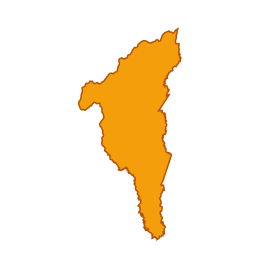 the district of Belén De Los Andaquíes, Caquetá, Colombia, rotated 9°
{"feature_id": "7082276B91002945363484", "entity_name": "Belén De Los Andaquíes", "entity_type": "district", "adm_level": 2, "iso_a3": "COL", "parent_name": "Colombia", "parent_adm1": "Caquetá", "projection": "equal_earth", "projection_center": [-75.835, 1.475], "detail": "fine", "context": "isolated", "style": "filled", "palette": "amber", "viewbox_px": 256, "rotation_deg": 9, "n_neighbors": 0, "source": "geoboundaries", "source_scale": "gbopen_adm2", "svg_char_len": 5953}
<svg xmlns="http://www.w3.org/2000/svg" viewBox="0 0 256 256"><g transform="rotate(9 128 128)"><path d="M161.7,22.3L160.0,23.6L158.6,26.3L158.0,27.1L157.2,27.2L156.0,26.5L154.2,26.6L153.3,25.8L149.5,28.1L147.6,30.7L147.1,32.6L147.0,34.0L146.5,35.2L146.7,36.2L145.8,37.2L144.9,37.4L143.2,36.1L141.9,36.9L140.9,38.4L140.1,38.6L139.3,39.4L138.6,39.4L137.8,40.3L135.1,40.6L132.8,39.3L130.6,39.2L129.6,39.3L127.2,41.1L124.9,43.9L124.8,45.7L124.2,46.8L123.2,47.4L122.2,47.3L121.4,48.1L121.0,48.8L120.8,49.9L120.1,50.4L120.0,52.0L118.9,54.5L118.4,55.2L117.1,55.7L116.4,56.4L116.2,58.8L114.2,59.7L113.5,60.5L110.8,59.7L108.8,61.0L108.3,62.9L109.2,64.5L109.5,66.6L108.8,68.3L108.4,70.6L108.6,73.2L107.8,74.3L106.3,75.0L104.9,76.8L103.4,76.4L101.7,76.8L100.3,78.6L99.9,80.2L99.1,80.8L98.8,82.1L97.8,83.3L96.9,85.5L95.0,86.8L94.0,88.5L92.4,88.9L90.7,87.9L88.2,89.4L86.3,88.6L85.6,87.4L84.7,87.8L83.0,87.7L82.6,89.2L81.3,90.4L79.9,90.3L79.5,90.6L78.8,93.7L76.4,95.3L77.2,98.9L77.1,100.3L76.7,101.2L76.7,104.8L77.0,105.5L76.2,108.5L75.5,109.3L75.4,111.2L75.5,112.0L76.7,114.1L76.8,114.7L78.4,116.7L79.7,117.3L80.8,116.7L82.5,117.3L84.3,115.8L84.7,114.9L86.0,114.0L87.2,112.0L88.2,111.9L88.6,111.5L88.8,110.2L90.6,108.1L91.3,107.9L93.6,108.9L95.8,108.1L96.4,108.2L96.9,110.6L97.3,111.1L97.7,111.0L99.1,112.4L99.4,113.9L99.8,114.4L99.6,115.6L99.8,116.5L101.4,118.0L102.4,120.7L102.5,121.8L100.5,125.7L99.4,128.6L100.1,130.5L101.9,131.8L102.2,132.7L103.6,134.8L103.5,136.7L104.1,137.3L105.1,139.5L104.9,140.3L103.9,141.2L103.7,142.2L104.2,142.8L104.6,144.1L104.3,144.9L104.6,145.9L104.5,147.7L105.3,149.1L107.5,150.4L108.5,151.5L108.4,153.8L108.8,154.4L109.8,154.6L110.9,155.7L111.7,155.9L112.6,157.9L113.6,157.5L114.5,157.9L114.7,158.3L114.6,159.5L115.1,160.6L115.3,161.8L117.3,162.0L117.9,162.5L117.9,163.0L119.1,163.3L119.4,164.2L121.0,164.5L121.1,164.2L122.5,165.3L122.7,165.9L124.0,166.8L124.5,168.1L125.3,168.9L125.9,168.9L125.4,170.2L125.6,170.6L125.3,170.8L125.8,171.0L126.2,170.3L126.9,171.1L127.5,170.6L128.4,170.8L129.4,169.5L130.0,169.5L130.3,168.6L131.1,168.7L131.7,167.6L131.8,168.1L132.3,168.2L132.5,167.7L133.0,167.8L133.3,168.6L133.6,168.4L133.7,168.9L133.9,168.5L134.3,169.5L135.2,170.0L135.1,170.5L135.4,170.9L135.0,170.9L135.1,171.6L135.6,171.4L135.7,172.0L136.2,171.9L136.2,172.5L137.1,172.3L139.4,173.9L140.3,173.4L141.0,175.1L142.2,175.5L143.3,177.3L143.3,178.2L142.6,178.0L142.3,178.6L142.5,179.9L143.7,181.2L143.5,181.8L142.9,182.0L142.8,182.4L144.7,184.1L145.0,186.2L144.8,186.9L145.5,187.9L147.6,189.5L147.8,190.2L147.4,191.2L148.2,192.5L150.0,193.7L150.0,194.3L149.2,194.5L148.9,195.5L149.8,197.3L150.3,197.3L150.8,196.5L151.8,197.1L152.2,199.4L152.1,200.4L150.2,202.8L150.4,203.6L151.4,203.5L152.1,204.0L152.3,205.4L152.8,205.9L152.7,207.8L151.9,209.1L151.9,209.9L153.7,209.8L154.2,211.8L154.6,212.3L155.0,211.8L155.0,210.6L155.6,210.3L156.1,211.1L155.6,212.1L155.6,213.2L156.4,213.5L156.9,212.7L157.9,214.3L158.1,215.0L157.4,215.7L157.2,216.7L157.7,217.1L158.8,217.1L159.4,217.7L159.4,219.0L159.1,219.0L158.5,218.2L158.1,218.3L158.0,218.9L158.9,220.0L159.3,221.4L160.1,222.3L159.9,222.9L159.1,223.5L159.8,224.3L160.6,223.5L161.1,223.7L161.2,224.4L160.6,225.2L161.5,226.4L162.5,225.9L163.2,224.5L163.6,224.2L164.1,225.0L163.6,226.2L164.2,226.9L167.2,228.1L168.3,229.1L168.9,229.1L169.0,229.8L168.5,230.6L169.4,231.7L168.9,232.8L169.1,233.3L171.3,231.2L172.8,232.3L173.7,232.4L174.0,233.7L175.8,232.1L176.2,230.1L177.5,230.3L178.3,228.8L179.3,229.0L179.5,227.0L180.6,226.7L180.2,226.0L179.2,225.9L178.8,225.2L179.0,225.0L179.7,225.2L180.0,224.9L179.6,223.7L179.7,221.9L180.3,219.7L179.4,219.3L178.9,218.3L177.6,218.2L177.7,216.4L177.2,215.3L176.6,215.3L176.1,216.6L175.7,216.7L175.4,216.1L175.3,213.3L175.9,212.5L176.0,211.6L175.6,210.6L174.6,210.3L174.1,208.2L173.4,208.0L172.9,205.9L173.1,205.3L174.0,205.0L174.2,204.5L174.2,200.9L173.6,200.2L171.8,200.1L171.7,198.3L172.5,197.8L172.6,197.3L171.7,194.3L170.4,193.1L170.3,192.3L170.9,191.4L171.2,189.6L170.9,187.9L171.8,186.6L171.8,183.8L172.3,183.5L173.3,184.2L173.6,183.8L172.0,179.1L171.2,178.9L170.0,179.5L169.6,179.1L169.5,178.5L170.7,174.9L175.1,148.2L174.9,147.4L173.5,146.4L172.9,146.5L172.6,147.0L171.8,146.9L171.6,146.6L171.9,146.0L170.0,145.9L169.1,145.5L168.8,142.6L167.9,142.5L167.2,139.9L166.5,140.1L166.7,139.5L166.0,138.6L166.0,138.0L166.6,137.7L166.6,137.2L165.7,136.2L164.8,136.0L164.8,135.4L164.0,135.0L164.3,134.6L164.0,134.0L164.1,132.4L163.7,133.0L163.3,132.6L163.9,131.8L163.4,129.7L164.2,129.8L164.8,128.3L165.9,128.2L166.2,126.7L166.0,126.1L166.1,125.5L165.8,125.8L165.5,124.1L165.2,123.9L165.5,122.5L165.0,121.2L165.7,120.1L165.6,118.2L164.4,117.0L164.3,116.1L164.7,115.5L164.4,115.5L164.4,115.0L164.0,115.3L163.6,114.2L163.5,112.9L163.7,112.3L163.0,112.0L163.4,111.6L162.9,110.5L162.5,110.7L162.1,110.3L162.5,109.4L162.2,108.7L162.6,108.4L162.1,107.9L162.1,108.4L161.5,108.6L161.4,108.0L159.1,107.5L158.9,107.0L159.3,106.6L159.0,106.0L159.1,105.6L158.8,105.4L157.8,105.4L157.4,105.8L156.7,105.6L156.6,106.0L155.5,106.4L163.5,88.6L161.7,89.0L161.6,90.4L161.4,90.7L161.1,90.5L160.9,88.6L161.1,87.5L162.5,84.8L162.5,84.0L161.7,84.4L161.6,83.2L161.0,82.9L160.9,82.1L159.6,80.3L158.5,80.1L157.9,81.4L156.3,79.7L156.6,78.8L157.4,78.8L157.8,78.2L156.4,76.8L156.5,76.4L157.3,76.2L156.9,74.1L157.8,74.2L157.7,73.4L158.2,73.1L158.2,72.1L159.0,72.4L158.4,70.0L159.2,69.5L159.4,69.0L159.0,68.8L159.6,67.9L159.7,67.0L160.7,66.5L160.8,65.6L162.2,64.6L162.8,64.6L163.3,63.8L162.6,62.5L162.9,61.3L164.3,59.7L165.8,59.9L166.3,58.5L167.0,57.7L167.1,57.0L167.8,56.2L167.9,54.4L168.4,53.9L169.1,54.1L169.2,53.5L169.2,52.4L168.6,51.5L169.2,51.1L169.2,50.4L169.0,50.1L168.6,50.4L168.6,50.0L168.3,50.0L168.2,49.5L167.4,48.8L167.9,47.5L166.7,47.4L167.2,46.2L166.4,45.7L166.3,42.3L165.2,40.1L165.6,38.5L165.2,37.8L165.2,36.8L162.4,37.1L161.8,36.8L161.5,35.9L161.3,34.3L161.6,31.9L161.2,28.2L161.6,26.3L161.4,24.3L161.7,22.3Z" fill="#f59e0b" stroke="#b45309" stroke-width="1.5"/></g></svg>